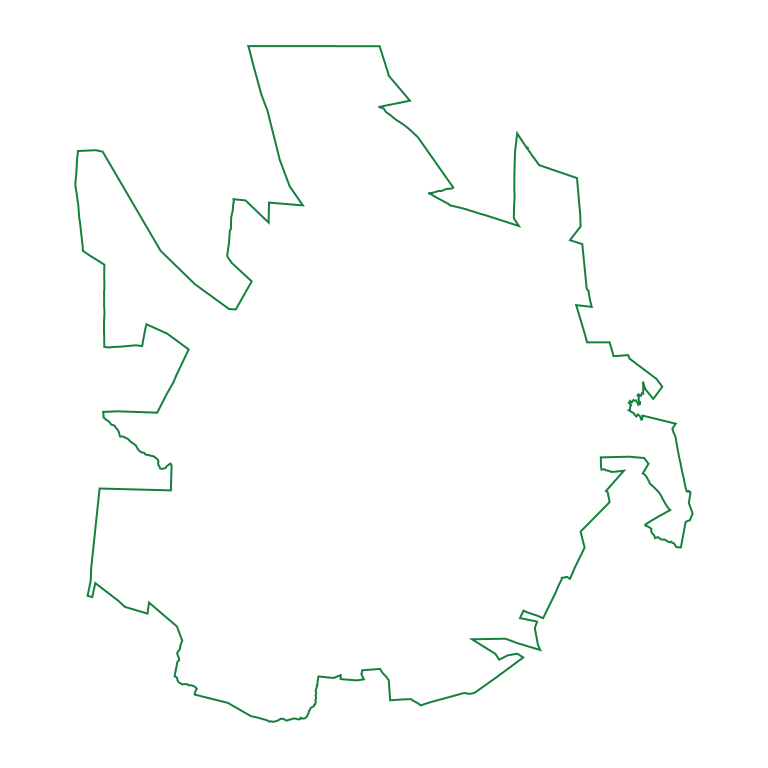 Pueblo Nuevo Solistahuacán, Chiapas, Mexico
{"feature_id": "50627088B52747419907097", "entity_name": "Pueblo Nuevo Solistahuacán", "entity_type": "district", "adm_level": 2, "iso_a3": "MEX", "parent_name": "Mexico", "parent_adm1": "Chiapas", "projection": "natural_earth1", "projection_center": [-92.879, 17.225], "detail": "fine", "context": "isolated", "style": "outline", "palette": "green", "viewbox_px": 768, "rotation_deg": 0, "n_neighbors": 0, "source": "geoboundaries", "source_scale": "gbopen_adm2", "svg_char_len": 6067}
<svg xmlns="http://www.w3.org/2000/svg" viewBox="0 0 768 768"><path d="M76.4,172.5L75.5,181.8L75.4,185.8L76.7,193.4L77.0,196.3L78.3,205.4L78.7,211.3L79.4,219.3L79.9,221.7L80.5,226.7L81.6,237.1L82.7,246.4L82.8,250.8L89.9,255.6L104.4,264.7L104.2,271.2L104.4,289.8L104.1,290.7L104.1,306.5L104.5,311.7L104.0,323.0L104.0,333.1L104.2,335.3L104.3,346.9L108.8,347.5L114.3,346.9L117.0,346.9L121.6,346.6L135.5,345.3L142.2,346.0L142.9,341.6L144.6,332.9L144.8,331.1L145.0,330.9L145.3,328.8L146.5,324.3L167.1,333.6L188.7,349.4L176.4,375.2L173.4,382.4L166.7,394.1L157.2,412.7L118.2,411.3L103.2,411.9L103.7,417.2L103.6,417.6L104.8,418.4L105.9,419.6L108.7,421.4L109.8,422.6L110.7,423.9L111.5,424.7L113.0,425.0L114.5,425.6L116.5,428.6L117.6,429.5L118.8,432.0L119.3,433.7L119.6,435.0L119.9,436.0L120.3,436.6L122.2,436.5L123.9,436.8L125.6,438.0L126.8,438.4L128.0,439.1L129.3,440.2L129.4,440.6L132.3,443.0L133.5,443.6L134.9,444.8L135.5,445.1L136.1,445.8L137.2,448.1L137.7,448.6L138.4,450.0L140.0,451.4L142.2,452.6L142.9,452.6L143.9,452.8L144.7,453.3L144.9,454.0L145.7,454.6L148.1,455.1L149.1,455.0L150.0,455.6L153.5,456.3L154.4,456.8L156.9,458.7L157.9,460.0L158.3,460.9L158.4,462.6L158.0,463.7L158.6,465.3L159.4,466.3L159.6,467.2L160.0,468.4L160.8,468.7L161.9,468.8L165.3,468.2L165.9,467.5L166.8,466.0L168.5,465.0L170.4,463.5L170.6,463.6L171.6,465.4L170.9,490.4L99.6,488.5L91.2,568.2L90.7,580.8L87.6,595.8L92.3,597.1L95.3,583.1L118.2,600.7L124.9,606.9L147.5,613.6L149.0,602.6L176.9,626.4L182.3,640.8L181.6,642.1L181.4,642.9L180.5,645.0L180.5,646.3L180.2,646.9L180.2,647.7L179.8,648.6L179.8,649.4L179.0,650.2L177.7,652.0L177.4,652.6L177.2,653.5L177.2,654.0L177.5,654.7L177.9,655.2L178.1,656.3L178.7,657.3L179.2,660.2L177.4,661.9L174.6,676.2L177.0,677.6L177.5,680.5L178.7,682.3L179.8,683.1L181.2,683.7L182.0,684.4L184.6,684.1L187.1,684.2L188.8,685.4L190.5,685.2L193.8,686.1L195.6,687.3L196.8,688.7L195.8,690.2L194.6,693.9L194.7,694.6L227.9,702.9L251.2,716.3L256.1,717.2L266.4,720.1L269.7,721.7L271.3,721.3L273.3,721.9L274.4,721.5L276.2,721.1L278.5,720.2L280.7,718.8L283.3,718.8L284.8,719.8L287.1,720.6L288.5,719.9L291.5,719.3L293.5,718.4L295.6,718.7L298.1,719.4L300.4,719.1L300.6,717.8L303.2,718.6L304.9,718.3L306.9,716.5L308.6,713.0L308.9,711.3L311.1,707.6L314.0,706.1L314.4,704.5L315.1,704.4L315.8,702.1L315.4,700.2L316.1,698.4L315.6,694.8L316.3,693.4L315.6,690.4L316.5,688.3L316.9,686.4L316.9,685.6L317.2,685.6L317.9,679.4L318.4,676.8L318.6,676.4L329.0,677.6L334.2,677.9L334.7,677.5L340.7,675.1L340.6,678.9L342.6,679.3L357.2,680.4L363.9,679.3L361.4,674.2L362.3,670.3L380.0,668.9L382.7,673.1L386.0,676.5L388.8,680.3L390.1,700.2L392.9,700.1L403.3,699.4L408.5,699.2L411.2,699.2L412.8,700.5L418.6,703.7L420.5,705.4L429.8,702.4L463.3,693.2L465.7,693.1L467.9,693.7L469.7,693.9L472.3,693.5L475.2,692.4L494.8,678.5L523.2,657.5L517.4,653.7L507.9,655.3L499.2,659.7L495.4,653.9L472.0,639.3L505.5,638.7L517.2,643.1L540.2,650.0L538.0,645.2L534.9,628.5L534.9,628.1L535.5,626.2L536.0,624.5L537.1,621.9L536.1,621.3L526.9,619.6L525.7,619.1L520.0,618.2L521.6,614.5L522.2,613.5L523.4,610.6L528.2,612.7L537.8,615.9L543.1,618.2L554.0,595.9L555.2,593.4L555.6,592.6L558.4,585.9L561.4,579.9L561.8,578.9L561.8,577.9L567.2,576.9L569.9,578.8L571.3,575.9L574.3,568.7L584.5,547.8L584.5,547.1L580.6,531.6L609.6,502.2L607.7,492.2L606.0,491.0L623.9,470.7L614.5,471.8L611.3,471.9L609.1,470.9L606.3,470.4L604.9,469.6L603.8,469.2L601.5,469.7L601.0,466.4L600.8,457.4L628.8,456.7L644.2,458.0L648.5,463.8L642.8,473.4L644.0,473.9L646.0,476.0L647.4,478.4L649.2,481.9L649.9,483.7L653.6,486.9L658.8,492.2L659.7,493.5L661.4,496.3L662.6,498.9L664.8,502.6L665.6,504.2L668.9,508.9L670.2,510.1L665.8,512.4L664.5,513.3L659.7,515.8L652.5,520.0L646.3,523.9L646.3,524.2L645.2,524.9L645.7,525.8L648.6,526.8L651.4,528.9L651.2,531.4L652.3,533.5L654.1,535.2L655.1,538.1L657.8,537.1L660.9,539.3L662.5,539.6L664.5,539.5L668.3,541.8L669.8,542.3L671.3,541.7L672.4,543.0L673.8,543.2L676.4,547.1L679.1,547.4L680.9,547.4L685.6,522.0L687.3,521.1L689.9,520.2L692.6,513.4L688.8,502.8L690.5,492.9L690.0,491.7L689.4,491.4L688.8,490.9L687.9,491.2L687.9,491.6L686.7,491.4L685.3,486.6L683.9,479.0L681.5,468.9L681.6,468.2L680.8,465.6L680.6,462.7L680.1,461.8L678.9,456.1L676.1,440.6L675.5,436.8L673.3,431.8L672.4,428.5L675.7,423.7L642.6,415.6L642.6,416.7L642.0,419.5L641.2,419.6L640.1,416.3L637.8,414.4L636.3,416.5L634.4,414.4L634.0,413.4L628.7,410.2L629.9,409.3L630.3,406.2L631.1,405.3L628.8,402.8L629.5,402.0L630.1,400.9L631.6,402.5L633.3,400.2L633.4,400.4L635.9,400.6L636.1,400.5L637.2,402.6L637.8,403.1L638.3,404.9L640.0,404.1L640.0,402.3L639.2,402.7L638.9,400.1L638.5,399.3L639.0,396.6L637.5,395.6L638.4,394.3L639.0,394.7L639.8,395.5L640.8,395.9L642.0,393.1L643.2,393.6L643.2,386.0L643.0,381.6L645.3,389.2L653.3,398.9L662.3,386.8L656.7,379.1L629.5,358.6L628.2,355.1L613.6,356.2L609.6,342.3L587.1,342.3L584.1,331.6L576.2,305.1L591.7,306.9L590.0,299.9L588.4,290.7L586.8,288.9L586.5,286.8L582.3,244.1L570.0,240.2L572.6,236.7L580.6,226.5L580.2,214.3L577.0,178.1L539.0,165.1L536.2,161.0L532.2,155.6L527.8,149.2L527.8,147.6L527.1,147.3L526.8,148.0L517.2,133.5L515.0,152.1L514.4,174.0L514.3,189.3L514.6,196.5L514.1,206.1L513.8,218.2L518.9,226.0L485.1,215.1L483.8,214.8L478.9,213.4L473.7,211.6L469.8,210.6L468.4,210.0L461.1,207.9L449.6,205.3L449.5,204.5L435.0,196.7L432.0,194.8L428.3,193.2L432.6,192.8L438.4,191.0L441.5,191.0L446.0,189.1L447.4,188.8L448.8,188.9L452.2,188.4L453.3,187.6L417.9,137.2L408.4,128.4L402.7,124.1L395.5,119.4L390.4,115.2L385.8,111.9L383.6,108.4L378.5,107.0L409.9,100.7L388.5,75.4L388.6,75.2L388.3,73.6L379.6,46.2L248.2,46.1L248.9,47.9L253.8,66.9L261.4,94.6L267.5,110.8L279.8,159.9L289.7,186.4L302.9,205.4L269.0,202.6L268.6,222.6L245.5,200.4L233.5,199.2L233.8,201.8L233.1,204.6L232.9,209.6L231.3,216.9L231.1,219.3L230.9,229.1L230.5,229.5L229.8,231.0L229.0,243.4L228.5,246.2L227.2,255.5L228.1,257.9L230.9,261.5L231.3,262.5L251.7,281.4L235.8,309.4L229.2,309.1L194.9,284.2L160.6,250.8L102.7,151.7L95.7,150.2L78.0,151.0L77.7,154.1L77.6,154.5L77.2,157.7L76.6,168.4L76.4,170.3L76.4,172.5Z" fill="none" stroke="#15803d" stroke-width="2"/></svg>